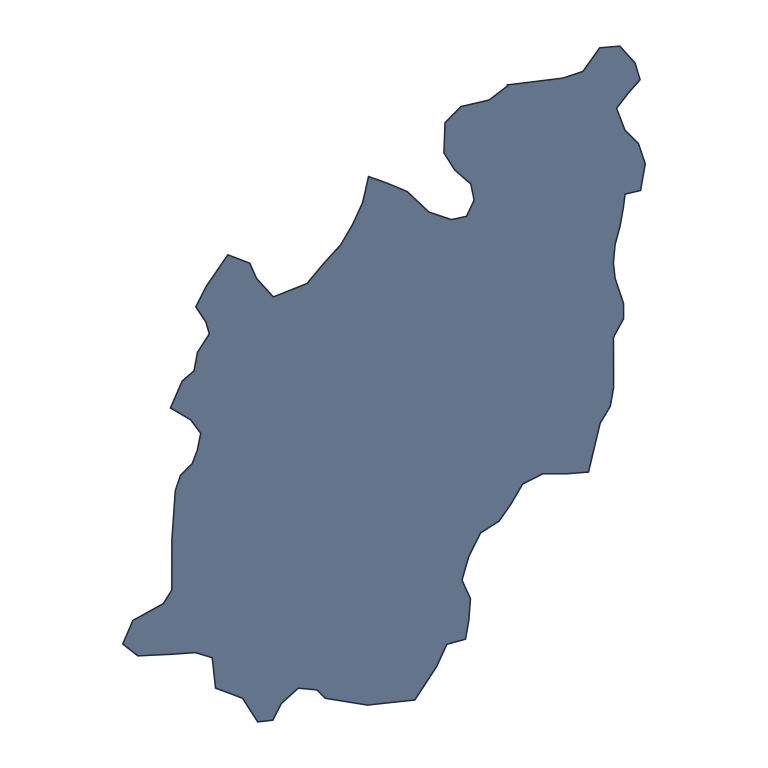 the district of Hwasun-gun, South Jeolla, South Korea
{"feature_id": "91817680B60872934813823", "entity_name": "Hwasun-gun", "entity_type": "district", "adm_level": 2, "iso_a3": "KOR", "parent_name": "South Korea", "parent_adm1": "South Jeolla", "projection": "albers", "projection_center": [127.037, 35.018], "detail": "fine", "context": "isolated", "style": "filled", "palette": "slate", "viewbox_px": 768, "rotation_deg": 0, "n_neighbors": 0, "source": "geoboundaries", "source_scale": "gbopen_adm2", "svg_char_len": 1383}
<svg xmlns="http://www.w3.org/2000/svg" viewBox="0 0 768 768"><path d="M368.5,176.5L362.6,202.7L352.5,224.6L340.7,244.8L323.8,263.3L307.0,283.5L273.3,296.9L256.5,278.4L249.8,263.2L227.9,254.8L225.9,257.6L206.2,286.4L206.0,286.7L195.8,306.9L205.9,322.1L209.3,333.9L197.4,352.4L194.0,370.9L182.2,381.0L170.4,408.0L190.6,419.8L200.7,433.3L197.3,450.2L192.2,463.6L180.4,475.4L175.3,490.6L171.9,539.5L171.8,569.9L171.8,590.1L163.3,603.6L148.1,612.0L132.9,620.4L122.7,644.0L137.9,655.9L151.7,655.2L171.7,654.3L195.3,652.6L212.2,657.7L215.5,688.1L242.6,698.3L257.7,721.9L272.9,720.2L281.4,703.4L298.3,688.2L316.9,689.9L325.3,698.3L367.5,705.1L391.4,702.5L414.8,700.0L436.8,666.3L446.9,644.3L465.5,639.2L468.8,620.7L470.5,598.7L462.0,580.2L468.8,556.5L480.6,532.9L499.1,521.1L510.9,504.2L522.7,484.0L542.9,473.8L566.5,473.8L588.5,472.1L595.4,443.2L600.2,423.2L610.3,406.3L613.6,387.8L613.6,365.9L613.5,337.2L623.6,318.7L623.6,303.5L615.1,278.3L613.4,263.1L615.1,244.6L620.1,226.1L623.4,207.6L625.1,194.1L640.6,190.5L645.3,163.8L638.5,143.6L625.0,130.2L616.6,108.3L628.3,93.1L640.1,79.7L635.0,62.9L619.8,46.1L599.7,47.8L582.9,71.4L562.7,78.1L507.2,84.9L507.4,86.0L489.1,100.0L461.1,106.5L445.0,122.7L443.9,152.8L454.7,170.0L470.8,184.0L474.1,200.2L466.5,216.3L451.4,219.6L428.8,212.0L407.3,191.6L386.8,183.0L383.6,181.9L368.5,176.5Z" fill="#64748b" stroke="#1e293b" stroke-width="1.5"/></svg>